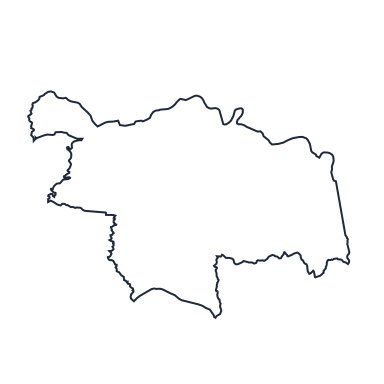 outline of Villavieja, Huila, Colombia, rotated 78°
{"feature_id": "7082276B65922719732159", "entity_name": "Villavieja", "entity_type": "district", "adm_level": 2, "iso_a3": "COL", "parent_name": "Colombia", "parent_adm1": "Huila", "projection": "albers", "projection_center": [-75.128, 3.284], "detail": "fine", "context": "isolated", "style": "outline", "palette": "slate", "viewbox_px": 384, "rotation_deg": 78, "n_neighbors": 0, "source": "geoboundaries", "source_scale": "gbopen_adm2", "svg_char_len": 6024}
<svg xmlns="http://www.w3.org/2000/svg" viewBox="0 0 384 384"><g transform="rotate(78 192 192)"><path d="M73.2,330.0L74.6,329.8L75.5,330.1L76.7,330.9L76.9,331.6L78.4,331.9L78.9,333.1L82.0,332.7L82.6,333.7L82.6,334.2L83.3,334.9L83.4,336.0L84.3,336.6L86.5,335.8L87.6,336.3L88.4,336.2L89.5,335.7L90.3,334.4L91.5,334.1L94.4,335.8L95.6,335.6L96.1,336.0L97.5,334.0L98.5,333.6L99.1,334.2L99.8,336.0L103.0,337.5L105.4,335.9L106.9,335.8L109.1,336.2L107.3,333.7L106.2,333.6L107.2,332.9L106.9,332.0L105.9,325.5L105.7,321.7L107.3,316.2L107.1,314.6L105.2,313.0L106.2,307.0L107.5,304.6L108.0,302.4L110.8,300.9L116.0,293.3L117.1,288.2L118.4,289.4L117.9,291.3L117.9,296.3L118.7,298.1L119.4,299.2L120.5,299.8L123.9,300.2L124.8,301.9L123.9,302.9L122.3,303.5L122.2,304.6L122.6,305.1L124.3,305.0L126.6,303.0L129.1,302.1L131.8,302.6L133.2,303.2L134.2,304.0L135.3,305.6L135.8,305.9L136.5,305.8L138.9,304.6L140.0,304.7L143.1,306.6L145.0,309.3L145.7,309.1L146.9,307.8L147.7,308.0L149.0,311.8L149.9,312.5L149.9,313.9L150.3,314.2L151.1,314.0L152.1,312.7L151.8,310.0L152.1,308.9L152.7,308.3L153.1,308.6L153.6,310.4L153.1,315.1L153.5,316.0L156.0,319.3L155.7,322.2L156.3,323.8L157.7,325.9L160.4,327.8L160.4,328.2L159.6,328.8L159.6,329.2L160.0,329.5L161.4,328.9L163.9,327.1L164.5,325.7L166.3,326.0L166.7,327.0L168.2,327.8L167.1,328.8L165.1,329.0L164.7,329.3L164.5,330.4L165.3,333.1L166.0,333.5L167.1,332.5L167.8,332.4L168.7,332.9L169.0,334.2L171.9,334.8L171.1,331.9L173.0,329.6L176.0,326.6L177.6,324.0L177.8,323.3L176.6,321.3L177.2,319.0L178.8,317.4L178.9,316.5L181.5,313.7L182.1,311.2L183.3,309.6L183.1,308.4L184.1,304.7L184.7,303.9L186.7,302.6L188.1,300.8L194.1,280.8L194.3,280.5L196.5,280.9L198.1,273.9L199.2,271.9L200.3,273.3L201.1,273.9L201.5,273.1L202.5,273.1L202.9,273.3L203.1,274.3L205.1,275.0L206.1,274.5L207.0,274.5L207.1,273.7L208.2,273.0L208.5,273.4L208.5,275.4L209.4,277.5L209.4,278.5L210.8,278.5L212.2,278.2L212.9,278.6L215.4,277.2L216.0,277.2L216.3,278.2L217.3,278.9L217.3,280.7L218.6,280.8L220.0,280.2L220.7,280.3L221.6,281.4L221.9,282.6L222.9,281.7L224.2,279.2L225.6,279.2L225.6,279.9L225.9,280.0L227.0,279.6L228.1,279.8L229.0,281.2L230.5,280.7L231.6,280.6L232.2,281.3L232.9,283.3L232.6,285.1L235.0,283.6L235.7,283.6L237.9,285.5L238.4,287.0L238.2,287.8L238.6,287.9L240.8,287.4L241.7,286.2L241.8,284.9L243.0,283.3L247.0,282.1L247.5,280.9L249.0,281.3L249.8,282.4L251.5,281.6L253.8,282.1L255.6,279.8L257.9,279.0L259.9,277.5L260.7,276.4L264.1,276.7L265.1,275.1L266.3,274.7L266.3,273.6L267.9,274.0L268.4,273.8L269.1,272.0L269.5,271.8L271.6,272.2L273.0,271.2L274.2,269.7L275.7,270.0L275.9,270.5L276.8,269.8L277.3,269.9L279.6,272.9L282.0,273.9L283.7,273.8L286.8,271.6L284.2,267.6L282.8,264.7L278.6,251.8L278.5,249.2L279.2,247.6L280.1,243.1L281.0,241.2L286.2,234.7L289.4,230.2L293.6,227.0L295.7,224.6L303.4,208.8L305.6,205.3L308.2,202.7L310.7,199.0L317.1,196.3L318.8,196.3L319.9,195.2L318.4,193.7L317.2,189.9L314.6,188.2L313.3,188.0L309.7,188.4L306.9,187.2L305.3,187.7L302.9,187.5L302.3,188.2L299.8,188.8L297.9,188.7L295.8,187.8L294.6,187.7L294.2,187.9L293.7,189.0L292.8,189.0L289.6,187.3L288.3,187.2L286.9,186.3L286.1,186.3L284.8,184.9L283.6,184.3L282.5,184.9L281.1,184.9L279.7,185.4L276.3,184.9L273.9,185.2L272.9,184.9L272.0,183.6L271.5,183.4L270.7,183.6L269.9,185.3L268.8,185.8L267.2,183.0L266.5,182.6L265.3,182.2L263.6,182.4L262.5,181.6L261.7,180.5L260.0,181.0L261.1,177.4L261.1,177.0L259.6,175.7L260.3,174.7L263.4,172.6L264.4,168.8L265.6,166.5L266.7,165.6L270.2,165.4L271.8,164.2L272.2,162.4L271.1,157.4L270.2,155.8L272.8,150.9L273.4,147.9L274.8,146.3L274.9,145.6L274.6,143.8L272.9,142.8L272.5,141.8L273.3,139.7L273.5,137.1L274.4,135.9L274.3,135.4L273.0,132.2L271.3,130.5L270.3,126.6L271.3,124.5L272.1,124.1L272.9,122.1L275.1,120.4L275.2,118.7L273.3,117.1L272.4,115.8L270.1,114.2L270.6,113.5L272.2,113.1L273.3,112.1L274.3,112.0L275.0,111.4L274.0,106.5L273.5,105.5L273.1,101.8L273.7,100.9L275.3,99.6L276.7,99.0L278.2,99.2L280.8,98.9L282.3,97.5L284.0,97.3L285.3,96.6L286.6,95.0L288.8,94.7L291.1,95.1L293.8,95.2L296.5,94.3L296.0,92.6L294.2,89.8L294.9,89.4L296.3,89.3L300.7,89.4L301.1,89.0L300.5,84.0L299.4,81.9L298.7,81.1L298.6,80.3L297.7,79.8L296.6,79.7L294.4,77.0L293.1,76.7L292.0,75.7L288.8,74.7L288.3,74.1L287.6,74.0L286.7,72.7L287.4,70.7L287.1,69.5L287.6,68.7L286.9,67.0L287.2,63.7L288.2,63.2L289.0,60.4L289.5,59.7L291.8,58.4L292.9,56.2L294.9,54.4L293.8,53.3L291.9,52.5L288.8,53.8L287.3,53.6L286.2,53.0L284.9,51.2L283.5,50.6L275.0,50.9L273.8,50.3L272.0,50.1L270.8,49.4L269.9,49.5L269.2,50.0L268.3,49.9L266.4,50.9L265.7,50.9L211.4,49.0L210.6,50.5L209.1,51.3L201.7,51.7L198.7,50.2L196.0,49.8L192.4,47.6L190.3,46.8L186.6,46.5L184.4,47.3L182.6,49.3L181.7,50.9L180.7,54.6L180.8,55.8L181.6,57.4L184.9,60.3L182.6,62.9L181.0,63.1L178.3,66.0L176.8,66.8L169.5,66.7L165.5,67.8L163.3,69.0L161.1,72.4L160.5,75.7L160.3,82.1L161.2,87.1L162.7,92.7L162.9,97.6L162.2,103.8L160.0,105.4L157.2,106.4L152.3,110.4L149.5,110.7L147.0,112.3L146.4,115.5L139.6,125.0L137.8,126.8L136.8,128.3L136.0,129.8L135.5,132.2L134.4,133.6L132.7,133.5L131.1,132.5L127.3,127.5L124.9,125.8L122.0,125.2L121.0,125.6L120.3,126.8L120.1,128.5L120.5,132.1L121.6,133.3L126.4,135.8L130.4,139.1L132.1,142.0L132.9,144.6L132.7,146.3L132.1,147.3L117.9,148.2L116.7,148.8L115.6,150.0L114.8,151.6L114.4,155.9L113.7,157.6L112.2,159.5L107.3,161.3L104.4,161.9L102.3,162.8L100.7,164.0L99.0,166.6L98.5,169.0L100.6,177.8L100.7,179.1L98.6,183.7L98.7,184.7L101.1,188.5L102.8,190.4L104.5,193.4L105.4,196.3L105.8,198.3L104.8,206.3L105.2,207.5L104.8,210.4L105.1,211.7L105.8,213.5L108.1,216.0L110.7,217.7L111.8,220.8L112.7,225.4L111.7,226.7L111.3,231.6L111.4,232.6L113.4,234.4L113.4,243.3L111.6,248.6L106.9,249.4L106.7,254.7L105.9,259.5L106.1,262.6L108.3,270.7L105.3,272.8L101.4,274.7L96.1,275.4L92.5,277.5L85.9,282.2L82.5,283.5L80.9,285.2L78.3,291.3L77.4,292.7L75.6,294.5L74.3,295.2L73.6,296.1L73.6,298.6L72.2,302.9L70.5,304.6L66.0,306.2L64.3,309.1L64.1,311.6L65.4,315.5L66.5,316.8L67.3,321.3L69.1,322.0L70.4,323.6L71.7,326.5L71.9,329.0L73.2,330.0Z" fill="none" stroke="#1e293b" stroke-width="2"/></g></svg>